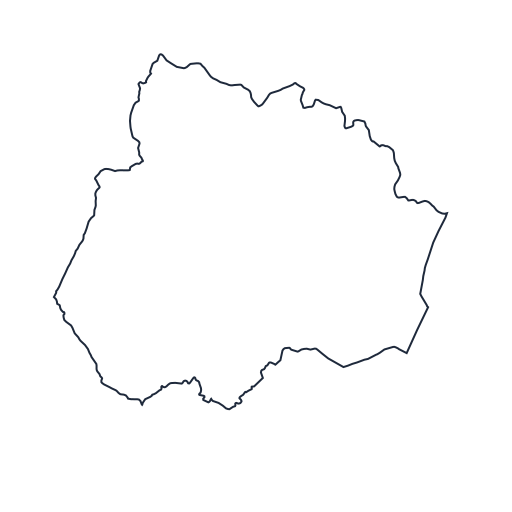 outline of San Jerónimo, Comayagua, Honduras, rotated 108°
{"feature_id": "27666195B29530067641484", "entity_name": "San Jerónimo", "entity_type": "district", "adm_level": 2, "iso_a3": "HND", "parent_name": "Honduras", "parent_adm1": "Comayagua", "projection": "mercator", "projection_center": [-87.555, 14.647], "detail": "fine", "context": "isolated", "style": "outline", "palette": "slate", "viewbox_px": 512, "rotation_deg": 108, "n_neighbors": 0, "source": "geoboundaries", "source_scale": "gbopen_adm2", "svg_char_len": 6064}
<svg xmlns="http://www.w3.org/2000/svg" viewBox="0 0 512 512"><g transform="rotate(108 256 256)"><path d="M360.8,431.3L362.9,430.3L363.3,428.1L363.6,427.4L366.1,426.0L367.4,424.8L368.6,422.8L368.9,422.1L368.7,421.3L369.2,420.7L370.3,420.3L371.6,420.8L372.3,420.7L374.2,419.8L376.1,418.5L377.3,416.1L379.2,410.4L381.0,408.4L385.6,404.5L388.2,399.9L389.9,398.1L390.9,396.6L393.5,391.1L396.4,387.1L399.5,384.5L401.4,382.4L402.9,381.2L408.0,374.5L409.4,373.8L412.8,372.7L414.0,372.0L414.8,371.2L416.6,368.4L418.6,366.8L419.1,365.5L419.8,364.6L420.2,364.5L422.1,364.6L423.7,364.1L424.4,363.0L425.1,360.8L426.0,354.8L426.5,352.2L427.0,347.9L427.5,346.5L428.7,344.4L429.3,342.6L429.3,341.8L428.7,338.9L428.8,336.7L430.4,334.2L431.1,333.8L431.2,333.5L430.8,330.6L428.9,324.4L428.7,323.0L429.6,321.1L432.3,318.9L432.7,318.3L432.4,318.2L431.5,318.4L429.8,318.1L426.4,317.1L422.6,313.0L421.2,312.0L420.0,311.8L419.0,310.4L417.4,308.8L413.6,306.3L412.4,305.0L411.3,304.9L409.8,305.6L408.9,305.4L408.7,304.9L409.1,304.2L409.2,303.4L409.1,302.5L408.8,301.9L407.7,300.9L405.6,299.8L403.9,298.6L403.1,297.5L401.6,293.6L400.3,287.2L399.3,286.6L397.4,286.1L396.4,284.9L396.3,283.5L396.9,282.3L398.0,281.2L397.9,280.2L396.9,279.6L391.7,278.0L390.7,277.5L390.4,276.9L390.8,276.1L391.9,275.4L392.5,274.7L392.7,274.0L392.8,272.5L393.6,271.1L395.0,270.3L398.7,267.5L400.3,266.8L402.2,266.5L403.3,266.6L404.5,267.3L405.4,267.2L405.6,266.7L405.1,262.6L405.3,261.8L406.1,261.4L408.2,262.1L409.2,261.6L409.9,256.1L409.3,255.5L408.3,255.0L405.9,254.6L405.7,254.5L406.5,253.6L407.2,252.3L407.3,246.2L408.6,241.3L410.2,237.4L410.2,235.3L409.9,233.9L406.6,231.3L405.3,229.5L404.6,229.4L402.7,230.1L402.1,229.8L401.7,229.0L401.9,227.9L401.8,227.1L401.2,226.0L400.6,225.4L399.2,224.9L398.5,224.9L397.3,226.0L396.5,227.7L395.9,227.9L395.3,227.8L394.1,227.1L391.9,225.3L388.9,224.4L388.5,224.0L388.6,223.3L386.4,221.5L384.0,219.0L383.2,219.1L382.0,219.7L381.6,219.7L380.6,217.5L369.9,211.8L365.3,215.3L363.6,215.5L362.6,215.1L361.1,213.3L359.9,212.9L357.7,212.7L356.5,211.4L353.5,210.6L352.9,209.9L352.7,208.7L353.1,204.7L353.4,204.1L352.9,203.7L350.2,202.2L347.6,200.6L337.7,201.6L335.9,201.0L334.7,200.0L333.0,196.0L333.2,195.1L334.0,194.1L334.2,193.2L334.1,187.0L333.6,186.2L330.9,183.9L329.5,181.5L328.5,179.1L328.2,175.3L326.0,171.7L325.6,170.4L326.0,168.9L328.4,162.9L331.1,155.7L334.6,138.5L331.9,134.7L328.8,131.0L326.1,127.1L321.1,120.8L319.3,117.7L312.8,111.3L312.0,110.3L309.7,108.3L305.2,105.0L300.1,97.5L299.6,96.2L299.7,94.4L300.0,92.4L300.4,91.3L301.8,82.7L276.6,79.9L251.5,76.5L250.9,77.7L249.9,78.5L243.3,86.1L241.3,88.1L227.4,89.9L223.4,90.7L217.8,91.2L215.2,91.7L212.0,91.8L206.0,91.6L188.5,91.6L175.8,90.1L161.0,87.7L156.3,87.6L157.5,89.5L157.9,91.4L158.0,92.3L157.6,96.1L156.7,98.5L154.1,102.3L153.6,103.9L152.4,106.1L151.4,108.5L151.2,110.6L151.3,111.8L151.6,112.8L152.9,114.7L155.1,117.4L155.7,118.5L155.7,119.2L154.3,121.2L154.0,123.4L154.4,124.9L155.8,127.4L156.1,128.3L154.4,130.6L153.7,132.5L154.1,133.7L156.3,138.1L156.4,139.3L156.1,140.4L153.9,142.6L151.4,144.2L149.6,145.2L147.4,145.7L144.9,145.8L140.3,144.4L136.9,143.9L134.9,143.8L133.8,144.0L132.3,144.8L128.6,147.7L127.4,148.3L124.4,151.8L122.5,153.5L120.2,154.8L115.5,156.7L114.0,157.7L113.0,158.6L111.3,162.9L111.0,165.0L111.5,166.9L111.3,168.9L111.6,170.3L112.2,171.3L113.1,171.6L113.6,172.3L110.7,179.6L111.0,180.4L110.8,181.2L109.8,182.7L106.8,184.9L101.4,187.6L98.7,191.5L97.7,192.2L96.3,192.9L94.6,194.5L95.0,200.4L95.5,201.9L96.6,203.9L97.3,204.6L98.2,204.9L99.1,204.8L101.3,203.9L102.4,204.2L103.8,205.6L106.7,209.7L106.8,210.4L106.2,211.2L105.0,212.1L100.4,213.0L97.9,213.7L95.2,214.9L92.3,218.6L89.0,220.6L88.0,221.6L88.1,222.0L90.7,225.5L89.8,232.5L90.1,236.5L90.0,238.8L89.6,241.0L88.4,244.9L88.9,247.5L89.9,247.9L93.7,247.9L95.4,248.2L96.4,248.7L97.0,249.5L97.5,251.0L98.8,253.5L100.1,255.3L100.3,256.8L98.1,258.3L94.6,261.2L93.5,261.7L88.7,262.1L87.5,261.9L85.9,262.0L83.1,261.4L82.5,261.7L81.9,262.4L81.5,263.3L81.0,266.6L79.8,270.9L79.3,271.7L79.4,272.2L79.9,272.9L81.5,273.9L84.0,276.5L88.5,282.3L90.4,283.9L92.0,285.8L96.0,291.5L97.1,292.7L98.9,293.5L102.0,294.2L108.9,296.5L110.2,297.1L111.6,298.3L112.6,299.4L112.9,300.0L112.4,301.2L110.0,305.5L107.8,308.5L106.4,309.7L104.4,310.5L102.7,311.5L101.2,312.8L100.3,314.9L99.5,319.7L97.8,322.8L97.9,324.0L100.0,329.2L101.1,331.5L101.5,332.9L101.7,334.6L101.4,337.3L101.7,343.6L100.7,347.9L100.3,351.7L99.5,354.1L98.6,355.6L92.9,363.3L91.9,365.6L90.3,368.2L90.6,370.5L91.3,372.5L93.5,377.5L94.1,378.1L97.7,380.2L99.0,381.5L99.7,382.6L100.6,389.8L99.0,396.3L97.6,401.5L94.1,406.4L93.5,408.1L93.7,409.2L94.3,409.8L95.4,410.1L100.8,410.2L103.9,413.0L105.3,413.7L112.7,413.8L114.3,413.2L115.0,412.2L118.7,413.8L120.1,414.2L123.6,414.7L124.8,414.2L125.7,415.1L126.7,416.6L126.7,417.8L126.3,419.2L126.4,419.8L127.2,420.4L128.8,420.9L132.3,418.1L134.0,417.8L136.0,417.8L137.4,417.2L141.4,416.8L142.8,415.9L144.4,415.4L144.9,415.6L147.4,417.9L150.3,418.8L158.3,419.0L161.1,418.8L166.4,417.6L171.5,415.5L173.4,414.6L179.1,411.2L180.5,410.3L181.4,409.3L183.0,403.7L183.9,402.1L185.1,401.5L189.7,401.5L193.6,399.1L195.8,398.4L196.6,397.6L197.9,395.4L199.4,394.1L200.2,393.1L200.7,392.9L201.0,393.0L201.7,394.0L203.4,394.8L204.2,395.4L204.6,396.1L204.8,397.5L205.6,398.9L209.1,402.0L210.6,403.0L213.2,402.6L213.6,403.1L214.3,404.8L216.5,411.9L217.5,414.3L218.8,416.3L218.7,420.4L218.9,423.0L219.5,425.5L220.2,427.0L223.3,430.0L226.8,431.0L229.8,432.6L231.0,433.0L231.8,433.1L232.4,432.9L233.6,431.2L237.1,427.8L238.1,426.5L238.8,426.0L239.5,426.1L241.9,427.4L243.1,427.8L244.8,428.1L246.3,428.1L248.0,427.5L250.2,426.1L253.3,425.5L257.4,424.0L258.9,423.8L262.1,423.9L267.3,422.5L268.1,422.8L271.0,424.6L275.0,425.8L282.3,425.6L287.2,425.8L289.2,426.4L292.7,425.5L294.1,425.5L295.7,425.8L299.9,427.4L304.1,427.9L306.9,429.0L309.3,428.9L312.5,429.2L317.2,430.2L320.6,430.4L324.9,431.4L331.5,432.1L337.7,433.0L345.9,433.7L349.3,434.4L351.3,435.2L352.2,434.8L352.9,434.7L357.5,435.5L359.0,432.7L360.8,431.3Z" fill="none" stroke="#1e293b" stroke-width="2"/></g></svg>